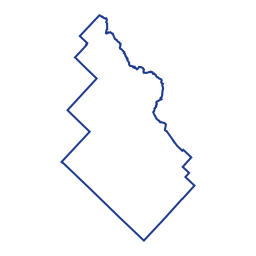 the district of Bragado, Buenos Aires, Argentina
{"feature_id": "61730980B17981427769766", "entity_name": "Bragado", "entity_type": "district", "adm_level": 2, "iso_a3": "ARG", "parent_name": "Argentina", "parent_adm1": "Buenos Aires", "projection": "natural_earth1", "projection_center": [-60.56, -35.028], "detail": "fine", "context": "isolated", "style": "outline", "palette": "blue", "viewbox_px": 256, "rotation_deg": 0, "n_neighbors": 0, "source": "geoboundaries", "source_scale": "gbopen_adm2", "svg_char_len": 5465}
<svg xmlns="http://www.w3.org/2000/svg" viewBox="0 0 256 256"><path d="M143.9,240.6L150.3,233.7L165.1,217.9L182.2,198.8L182.5,198.8L194.5,185.6L185.4,177.0L189.1,172.9L182.7,166.9L191.3,157.4L183.3,149.8L182.3,150.8L177.0,145.7L174.5,142.3L174.3,142.4L173.3,140.4L173.0,140.5L172.3,139.1L166.7,131.2L165.7,130.8L165.4,130.6L165.0,130.2L164.9,129.7L165.0,129.1L165.1,128.7L165.3,128.0L165.3,127.6L165.5,126.9L165.6,126.5L165.6,126.0L165.7,125.5L165.7,125.2L165.9,124.8L166.0,124.4L165.2,123.8L164.6,123.0L164.3,122.8L163.3,122.8L162.8,122.7L162.5,122.6L161.7,122.2L161.3,122.1L160.7,122.4L160.3,122.3L160.0,122.1L159.8,121.9L159.7,121.6L159.6,121.2L159.4,120.8L159.2,120.8L158.9,120.7L158.7,120.7L158.3,120.2L157.9,119.9L157.6,119.8L157.3,119.6L157.2,119.4L157.1,119.2L156.7,119.0L156.5,118.7L156.2,118.2L155.9,117.6L155.7,117.3L155.7,117.0L155.3,116.6L155.1,116.3L155.1,115.9L154.9,115.8L154.6,115.2L154.4,114.9L154.3,114.5L153.9,114.0L153.8,113.4L153.6,113.0L153.5,112.6L153.4,112.3L153.2,112.1L153.4,111.8L154.1,111.3L154.1,111.0L154.1,110.6L154.4,110.0L154.5,109.8L154.6,109.4L154.7,109.0L154.5,108.7L154.5,108.3L154.7,108.1L155.1,108.1L155.4,107.6L155.9,107.2L156.0,106.7L156.2,106.4L155.9,105.9L155.8,105.6L156.2,105.2L156.6,104.9L156.8,104.7L156.8,104.0L156.5,103.8L156.4,103.6L156.5,103.4L156.6,103.1L156.3,102.5L156.3,102.2L156.6,101.8L157.0,101.5L157.4,101.3L157.8,101.3L158.0,101.2L158.2,100.8L158.4,100.6L158.6,100.6L159.1,100.5L159.9,99.9L160.3,99.6L160.7,99.5L161.1,99.5L161.3,99.5L161.6,99.3L161.5,99.1L160.7,98.6L160.4,98.7L160.4,98.2L160.6,98.1L160.9,97.8L161.0,97.5L161.2,97.3L161.6,97.1L161.8,96.9L161.8,96.5L161.9,96.2L162.2,95.6L162.2,95.3L162.1,94.4L162.1,94.2L162.4,93.8L162.4,93.0L162.3,92.7L162.4,92.0L162.6,91.4L162.7,91.0L162.6,90.6L162.5,90.3L162.6,89.7L162.9,89.5L162.9,89.3L163.0,88.9L163.1,88.6L163.0,88.3L163.0,88.0L162.9,87.7L162.8,87.3L162.7,87.0L162.8,86.5L162.7,86.3L162.4,85.9L162.3,85.7L162.3,85.2L162.4,84.7L162.9,83.8L162.3,83.6L161.9,83.4L161.8,82.8L161.5,82.5L161.3,82.5L161.2,82.3L161.3,82.1L161.4,81.9L161.3,81.3L161.5,81.2L161.6,80.9L161.7,80.4L161.6,80.1L161.5,79.7L161.2,79.4L161.0,79.2L160.7,79.1L160.3,79.1L160.1,79.0L159.7,78.6L159.2,78.4L158.9,78.4L158.7,78.2L158.6,77.8L158.5,77.6L158.2,77.4L157.9,77.3L157.5,77.4L157.1,77.3L157.0,77.0L156.2,76.2L156.1,75.5L155.6,74.7L155.2,74.4L154.7,74.4L154.5,74.2L154.2,73.6L153.8,73.8L153.3,73.9L152.9,73.8L152.6,73.3L152.6,72.9L152.6,72.4L151.9,72.0L151.0,71.9L150.8,71.7L150.3,72.2L149.9,72.1L149.4,71.9L149.0,72.0L148.7,72.3L148.3,72.5L146.9,72.7L146.1,72.9L145.8,73.0L145.5,72.9L145.2,72.7L144.4,72.7L144.0,72.9L143.7,72.8L143.6,72.5L143.5,71.5L143.5,71.4L143.4,71.0L143.7,70.3L143.9,70.0L144.0,69.5L143.8,69.2L143.4,69.0L143.3,68.7L142.8,68.2L142.7,67.9L142.4,67.8L141.7,67.4L141.2,67.3L141.0,67.1L140.4,67.0L139.9,67.2L139.6,67.1L139.2,66.9L138.9,67.0L138.8,67.3L138.3,68.0L138.0,68.4L137.6,69.0L137.2,69.2L136.7,69.3L136.5,68.9L136.3,68.6L135.7,68.0L135.4,67.9L135.0,68.1L134.7,68.0L134.7,67.7L134.2,67.5L133.9,67.4L133.7,67.5L133.3,67.4L133.4,67.1L133.8,66.9L134.1,66.6L133.7,66.5L133.4,66.5L133.1,66.5L132.8,66.6L132.7,66.4L132.3,66.3L131.9,66.2L131.6,66.0L131.2,65.9L130.9,66.0L130.6,65.9L130.1,65.7L129.8,65.7L129.6,65.3L129.2,64.6L129.2,64.3L129.0,64.0L129.1,63.4L129.2,63.0L129.2,62.6L129.1,62.4L128.5,61.8L128.3,61.5L128.2,61.2L127.8,60.8L127.6,60.6L127.4,60.4L127.4,59.8L127.5,59.6L127.7,59.1L127.7,58.8L127.5,58.6L127.2,58.6L126.8,58.5L126.7,58.2L126.8,57.8L126.6,57.7L126.3,57.6L126.3,57.3L126.4,57.0L126.3,56.7L126.1,56.4L125.8,56.3L125.5,56.1L125.4,55.9L125.4,55.6L125.3,55.2L124.9,54.3L124.9,53.9L124.3,53.5L124.1,53.4L123.9,53.1L124.0,52.8L124.3,52.5L124.3,52.1L124.0,52.1L123.8,52.2L123.7,52.0L123.5,51.7L123.2,51.2L123.1,50.9L122.6,50.6L122.5,50.4L122.2,49.9L121.5,49.3L121.2,49.2L120.8,48.8L120.3,48.8L120.1,48.6L119.9,47.9L119.8,47.6L119.9,47.4L119.9,47.1L120.1,46.9L120.3,46.1L120.4,45.7L120.5,45.1L120.4,44.8L120.2,44.6L120.3,44.4L120.5,44.2L120.6,43.8L120.1,43.6L119.8,43.3L119.5,43.0L119.4,42.4L117.9,41.7L117.6,41.2L117.4,41.1L117.2,40.9L116.7,40.1L116.7,39.8L116.6,39.7L116.4,39.6L116.1,39.7L115.8,39.6L115.3,39.4L115.2,39.3L115.2,39.1L114.9,38.8L114.7,38.5L114.6,38.2L114.5,37.8L114.1,37.1L113.9,36.9L113.8,36.7L113.8,36.3L113.7,36.0L113.6,35.7L113.3,35.3L113.3,34.9L113.2,34.6L112.9,34.2L112.9,33.8L112.8,33.6L112.5,33.5L112.2,33.4L111.8,33.5L111.5,33.4L111.4,33.2L111.2,32.8L110.8,32.4L110.4,32.2L109.7,32.4L109.0,32.7L108.4,32.3L108.1,32.4L108.2,32.7L108.1,32.8L107.7,33.1L107.2,33.3L106.7,33.5L106.2,33.4L105.9,33.1L106.6,29.6L106.8,29.3L106.9,29.2L107.0,29.2L107.3,29.1L107.3,28.8L107.2,28.7L107.1,28.2L107.1,27.8L107.1,27.6L107.1,27.4L107.2,27.0L107.1,26.8L107.3,26.3L107.1,25.6L107.1,25.3L107.1,25.0L107.0,24.3L107.1,24.0L107.2,23.6L107.0,23.3L106.8,23.0L106.7,22.8L106.2,22.3L106.3,22.0L106.4,21.3L106.6,21.1L106.8,20.9L106.8,20.3L106.8,20.1L106.8,19.9L106.8,19.6L106.8,19.3L106.4,18.5L106.3,18.4L106.2,18.3L106.0,18.5L105.8,18.6L105.3,18.7L104.6,18.1L104.1,18.1L103.9,17.8L103.8,17.7L103.2,17.3L102.8,17.4L102.6,17.3L102.7,17.1L102.6,16.9L102.3,16.9L102.0,16.7L101.7,16.3L101.0,16.3L100.8,16.2L100.6,15.9L100.3,15.7L100.0,15.6L99.8,15.5L99.6,15.5L99.4,15.5L99.3,15.4L93.8,21.2L90.6,24.6L79.8,36.1L87.3,43.1L86.2,44.3L86.7,44.8L82.3,49.7L75.0,57.4L88.2,70.4L96.7,78.5L67.5,110.2L77.0,119.5L89.7,131.7L61.5,162.0L62.4,162.7L62.6,162.5L69.1,168.7L90.8,189.5L120.0,217.9L143.9,240.6Z" fill="none" stroke="#1e3a8a" stroke-width="2"/></svg>